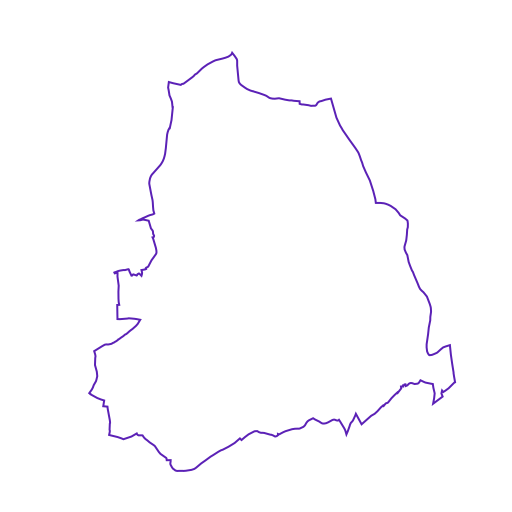 the district of Valea Larga, Mures, Romania, rotated 83°
{"feature_id": "2599482B72201107015433", "entity_name": "Valea Larga", "entity_type": "district", "adm_level": 2, "iso_a3": "ROU", "parent_name": "Romania", "parent_adm1": "Mures", "projection": "robinson", "projection_center": [24.071, 46.628], "detail": "fine", "context": "isolated", "style": "outline", "palette": "violet", "viewbox_px": 512, "rotation_deg": 83, "n_neighbors": 0, "source": "geoboundaries", "source_scale": "gbopen_adm2", "svg_char_len": 6034}
<svg xmlns="http://www.w3.org/2000/svg" viewBox="0 0 512 512"><g transform="rotate(83 256 256)"><path d="M415.7,423.6L416.4,421.9L418.8,415.5L420.5,412.0L421.7,409.9L420.0,401.6L417.6,396.0L418.3,395.8L419.0,395.4L419.7,394.4L420.2,390.5L422.5,389.3L424.2,388.0L425.7,386.4L428.0,384.3L431.4,380.4L432.4,379.5L438.7,376.3L440.8,374.9L445.5,369.7L446.1,369.5L447.8,369.5L448.2,365.6L450.0,365.9L451.2,366.3L452.6,366.3L455.6,365.1L457.0,364.3L457.7,363.5L459.0,362.2L459.4,361.4L459.7,360.5L460.3,355.0L460.5,354.1L460.6,351.8L460.4,346.0L459.8,343.1L458.8,341.2L455.2,335.7L452.7,331.0L449.6,325.5L448.3,322.6L445.7,317.2L444.6,314.5L444.2,312.6L442.0,306.6L439.0,300.0L435.1,294.2L436.9,292.8L434.5,289.2L432.1,285.1L429.8,278.9L429.8,277.9L430.0,276.0L431.1,274.7L431.9,273.1L432.1,272.5L432.4,270.4L432.6,269.5L435.1,263.5L435.3,262.5L436.3,260.7L437.3,259.4L437.5,259.0L437.5,258.7L437.3,257.4L436.5,256.0L435.3,255.9L435.7,255.2L435.8,254.4L435.4,253.6L434.2,250.4L433.5,248.1L433.3,247.0L432.3,241.3L432.2,238.1L432.6,234.7L432.6,233.7L431.3,229.7L430.1,228.1L427.7,226.3L426.4,225.0L425.5,223.4L424.0,219.1L425.5,217.3L428.3,213.0L428.8,212.6L429.8,211.3L430.2,210.7L430.5,209.8L430.6,208.7L430.5,206.8L429.9,204.7L428.1,200.2L427.9,199.0L428.0,197.9L428.8,196.5L429.2,195.4L429.3,194.8L429.2,194.3L428.7,193.6L430.5,192.7L438.0,189.3L440.2,188.6L444.1,188.0L441.0,186.2L436.4,183.9L435.0,183.3L433.8,182.6L433.2,182.2L431.8,180.5L430.9,179.7L426.4,176.9L424.8,176.1L435.9,171.7L428.6,161.1L427.1,157.5L424.9,154.4L421.4,150.4L419.8,148.0L420.4,147.6L418.3,145.4L418.0,144.8L417.8,143.4L417.5,142.8L413.6,138.8L410.8,135.3L408.6,132.2L409.1,132.0L405.1,128.0L403.2,128.0L403.2,127.5L403.5,125.9L402.3,125.8L402.3,124.8L401.6,124.3L401.6,123.3L403.3,123.2L403.1,122.4L402.8,121.5L401.4,119.8L400.9,118.3L401.1,116.8L402.4,114.2L402.4,111.0L401.6,109.7L399.4,107.9L401.8,104.1L402.3,103.2L404.0,98.1L404.6,96.1L408.4,96.0L414.1,95.4L418.8,96.5L424.2,98.2L418.3,87.9L415.0,88.7L412.2,87.7L413.8,86.7L412.8,84.6L410.8,81.0L405.8,74.6L405.6,73.8L405.3,73.8L399.7,74.1L396.3,74.2L395.7,74.1L387.3,74.4L377.7,74.6L368.1,74.4L368.9,78.8L369.3,80.4L369.5,81.3L371.0,83.7L373.9,87.8L374.3,88.8L375.1,91.5L375.6,93.5L375.6,94.4L375.6,95.8L375.4,96.2L374.1,97.0L373.0,97.4L371.5,97.8L367.5,97.8L364.4,97.4L354.9,94.8L348.0,93.2L341.1,90.9L337.7,90.4L333.3,89.2L332.2,89.0L328.9,88.8L327.5,88.9L324.7,89.4L317.1,91.3L312.4,94.2L310.6,95.8L308.8,97.1L307.5,97.6L306.4,98.0L302.9,98.9L294.3,101.4L291.0,102.2L289.3,103.0L284.8,104.2L280.5,105.2L273.6,105.7L270.9,106.8L267.7,107.7L265.3,107.6L264.3,107.3L259.1,105.1L257.6,104.7L253.4,103.7L248.1,102.7L245.9,101.8L242.4,101.3L240.2,101.3L239.2,101.4L236.9,103.5L233.2,107.9L230.5,109.2L226.6,111.8L224.3,114.4L222.7,116.2L221.2,118.5L220.1,120.6L219.3,122.5L218.5,126.0L217.9,130.6L214.2,130.6L205.8,131.7L194.9,133.8L186.2,136.8L179.8,138.7L176.2,139.3L173.7,140.0L169.7,140.8L166.5,141.6L165.2,142.1L161.0,144.2L151.9,149.2L141.6,154.6L139.8,155.3L136.7,156.7L128.5,159.3L108.9,162.4L109.3,167.9L110.2,172.3L110.3,173.9L110.4,174.3L111.0,175.5L111.5,176.2L113.5,177.8L114.0,178.7L114.0,179.3L113.8,181.0L113.7,183.0L112.7,185.6L111.4,190.5L111.2,192.0L110.3,194.1L107.7,193.9L106.6,199.4L105.9,201.7L105.6,204.0L104.4,208.0L102.3,213.7L102.2,214.3L102.2,218.0L101.9,220.1L101.5,221.4L101.2,222.3L100.7,223.4L98.3,226.2L97.3,227.9L94.6,233.3L92.6,237.9L92.1,238.8L92.0,239.5L91.8,239.7L91.2,241.2L89.2,244.5L87.7,246.3L84.6,249.7L83.7,250.5L82.5,251.3L81.2,251.8L79.7,251.9L64.8,251.5L59.9,250.9L58.8,251.0L58.0,251.2L54.9,252.8L51.4,254.9L52.6,255.6L53.3,256.4L54.2,258.0L54.8,259.3L55.5,262.3L56.0,265.5L56.7,271.6L56.9,272.7L57.7,275.1L59.9,280.7L62.0,284.6L63.4,286.9L67.6,292.4L68.5,294.5L69.8,295.9L70.7,297.3L74.7,304.3L75.7,306.1L76.2,307.0L76.2,308.1L76.3,308.6L76.5,309.1L77.0,309.8L74.4,317.2L72.7,321.3L78.1,322.7L80.7,322.5L86.1,322.3L89.1,321.4L92.1,320.7L92.8,320.6L98.0,320.7L98.1,320.4L110.8,323.3L118.9,326.1L119.0,326.3L118.9,326.7L119.5,327.0L119.9,327.4L122.4,328.6L124.6,329.4L138.2,332.4L143.6,333.8L146.0,334.7L148.1,335.6L150.4,336.9L151.9,338.0L153.5,339.3L154.4,340.2L158.3,344.6L162.6,349.5L164.0,350.6L166.0,351.7L169.0,352.7L170.8,353.1L171.9,353.1L182.6,352.4L187.8,351.9L189.9,351.9L194.7,352.2L198.1,352.3L201.5,351.8L201.9,352.7L202.2,353.9L202.5,356.3L203.0,358.3L204.0,361.4L204.7,363.9L205.6,366.3L205.8,367.4L206.3,368.4L206.4,366.5L206.1,364.3L206.2,363.1L207.9,358.2L215.8,356.9L218.2,355.5L219.2,355.3L221.5,355.4L223.4,354.7L224.0,354.8L224.6,355.1L224.8,355.4L224.9,356.4L226.6,355.9L235.6,354.4L238.3,354.2L240.0,354.3L240.9,354.5L241.7,354.9L242.6,355.7L247.6,360.3L253.0,364.0L253.6,364.6L254.2,366.4L254.6,366.9L254.9,367.0L255.3,366.6L255.5,366.6L255.8,367.7L256.0,371.4L257.4,371.2L258.8,371.1L260.1,371.4L261.7,372.1L259.7,373.6L259.3,373.9L259.1,374.4L259.2,374.8L259.5,375.2L259.6,375.8L260.5,376.4L260.8,376.8L259.3,380.0L259.4,380.4L260.3,381.3L260.3,382.0L256.2,383.4L253.9,383.9L253.6,384.1L253.6,384.9L254.0,387.7L253.8,389.5L253.9,392.3L254.0,393.5L254.2,394.9L254.8,397.1L255.0,398.3L255.1,398.6L256.0,398.3L255.9,397.5L255.4,395.5L256.0,395.5L259.6,396.0L268.7,395.9L274.5,396.9L281.7,397.7L285.0,397.9L287.8,397.7L287.7,399.7L301.7,401.2L302.1,398.9L302.4,391.9L302.4,390.4L302.3,389.9L303.5,384.3L304.1,382.1L305.2,378.7L309.0,381.7L310.7,383.6L313.4,387.5L314.2,389.0L315.3,390.8L317.0,393.2L317.7,394.4L318.0,395.5L319.4,397.6L320.6,400.0L321.2,401.0L322.0,402.5L322.1,403.0L322.5,403.3L323.5,405.1L324.1,406.6L324.7,407.8L324.9,408.8L325.5,410.0L325.6,410.5L325.8,413.2L325.7,414.6L325.5,415.3L325.6,416.9L326.8,419.8L330.7,428.2L334.1,427.6L335.9,427.5L337.7,428.0L344.6,429.1L351.4,428.1L355.9,428.2L359.2,429.4L360.8,430.1L364.4,432.8L366.6,433.9L368.5,435.2L371.8,438.2L372.9,437.0L373.1,437.1L377.6,430.9L379.4,427.6L380.9,424.3L386.5,425.9L387.4,421.8L389.8,421.8L401.3,421.1L402.6,421.1L404.0,421.2L404.5,421.5L410.5,422.5L411.8,422.4L412.8,422.6L415.7,423.6Z" fill="none" stroke="#5b21b6" stroke-width="2"/></g></svg>